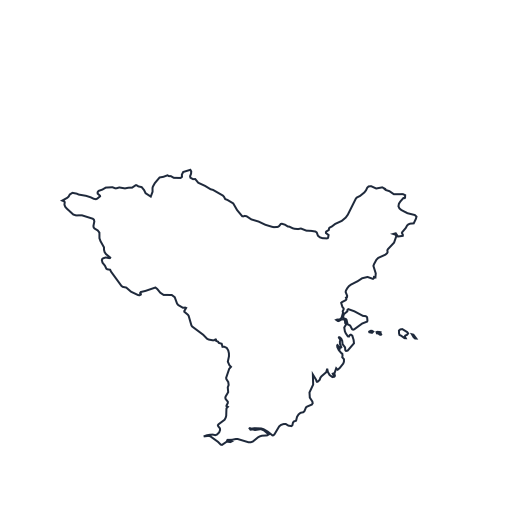 map outline of Kalimantan Barat (orthographic projection), rotated 231°
{"feature_id": "IDN-1228", "entity_name": "Kalimantan Barat", "entity_type": "Province", "adm_level": 1, "iso_a3": "IDN", "parent_name": "Indonesia", "parent_adm1": "", "projection": "orthographic", "projection_center": [110.805, -0.499], "detail": "fine", "context": "isolated", "style": "outline", "palette": "slate", "viewbox_px": 512, "rotation_deg": 231, "n_neighbors": 0, "source": "natural_earth", "source_scale": "10m", "svg_char_len": 6161}
<svg xmlns="http://www.w3.org/2000/svg" viewBox="0 0 512 512"><g transform="rotate(231 256 256)"><path d="M148.7,101.8L147.6,105.0L146.0,107.8L144.5,109.9L142.3,111.7L141.8,113.4L142.1,116.4L143.4,118.6L144.8,119.5L147.5,119.5L148.5,119.9L148.8,121.0L148.5,128.5L149.5,130.8L150.6,132.3L155.9,136.9L156.3,137.5L156.5,139.2L158.0,138.6L158.4,139.0L159.5,141.6L160.5,142.4L164.0,142.4L165.1,142.9L165.9,143.9L167.7,148.7L171.7,151.4L173.0,153.6L175.5,155.1L179.0,155.5L180.1,156.1L185.2,164.2L185.6,166.8L187.8,166.6L191.6,167.6L195.1,171.9L197.4,173.7L200.1,175.0L203.0,175.4L205.5,174.2L206.5,172.8L209.4,174.1L211.9,172.4L213.2,172.6L215.2,171.6L216.3,172.3L216.7,172.0L216.9,170.4L217.5,169.5L220.8,166.7L222.4,165.9L228.0,165.4L241.4,162.0L242.6,162.1L251.9,166.0L253.2,166.1L257.8,165.2L258.4,165.7L259.6,169.0L260.4,168.6L261.8,166.6L266.8,164.7L268.7,164.7L275.1,166.9L278.7,166.0L283.9,159.7L287.7,158.5L292.5,158.5L294.8,158.0L298.4,148.2L300.5,143.8L300.1,142.6L298.8,142.6L298.5,142.1L298.9,140.6L300.0,139.7L306.9,136.4L313.1,135.3L315.9,133.0L317.4,132.6L335.2,133.5L337.1,134.0L339.2,132.1L340.3,131.7L343.5,132.5L347.4,132.5L349.8,133.6L350.4,134.5L350.4,135.8L349.4,138.3L346.7,140.6L346.3,141.2L346.5,141.7L352.0,140.6L354.3,140.8L356.5,141.8L358.4,143.3L365.4,144.5L368.3,145.5L372.7,149.0L375.4,149.1L379.0,147.8L380.3,147.8L381.6,148.5L384.6,152.1L386.3,152.9L387.7,152.6L397.2,146.3L400.8,141.7L403.2,140.1L411.8,138.8L414.2,138.7L416.4,139.4L418.2,141.2L419.0,141.4L421.0,140.3L420.0,146.0L420.1,147.8L421.0,150.0L420.6,153.1L417.3,155.9L415.3,156.9L409.7,161.8L405.6,164.5L402.6,165.9L400.9,167.3L400.5,168.7L400.5,172.4L401.1,172.7L404.1,172.2L405.2,173.0L405.5,173.8L405.6,174.8L404.3,178.4L403.7,182.3L399.8,187.7L397.2,189.2L396.4,190.2L395.3,192.9L391.0,196.7L389.3,199.9L387.1,202.7L386.7,207.1L386.2,207.7L384.1,208.4L381.5,210.5L377.6,210.5L374.3,209.7L368.4,211.6L371.0,216.0L374.0,218.4L374.8,219.5L376.3,223.2L377.7,230.5L375.8,233.9L374.4,238.0L373.0,238.5L371.6,240.1L368.5,241.3L364.1,246.5L364.1,248.3L365.9,249.6L367.1,252.3L364.3,259.2L362.5,258.9L360.8,257.3L359.5,255.0L358.1,254.3L355.4,255.4L354.0,257.2L349.3,257.2L342.6,260.5L336.5,262.7L334.4,264.2L323.8,268.3L322.2,268.4L319.6,267.9L317.5,269.1L311.2,271.4L303.6,270.2L295.6,270.3L294.7,271.2L294.3,272.4L292.8,273.7L287.4,275.4L281.1,279.7L274.4,282.9L268.5,286.9L267.1,288.1L264.9,291.2L264.7,292.8L265.3,295.4L264.8,296.4L262.1,298.2L258.9,299.3L257.8,300.4L254.4,302.0L252.9,303.1L250.4,305.7L249.1,308.2L244.0,311.1L240.8,314.7L237.6,317.6L236.0,318.0L232.8,316.9L230.3,317.4L228.1,318.8L225.2,322.0L224.7,323.0L224.9,323.6L226.6,325.6L229.8,324.8L230.6,325.4L230.8,326.1L230.4,328.9L231.6,330.3L231.7,331.2L231.2,333.5L231.1,337.7L229.3,344.8L229.4,349.9L230.3,353.3L237.8,369.8L238.0,371.2L237.2,374.7L237.2,380.2L237.8,382.8L239.1,385.5L239.2,387.3L237.8,389.4L232.8,391.9L229.9,397.3L227.1,398.5L227.0,398.1L225.6,398.4L222.4,400.5L217.3,402.0L211.6,409.1L209.4,410.2L207.5,408.5L207.4,407.9L208.3,407.1L207.5,402.4L206.7,400.0L205.0,398.0L202.7,397.4L200.2,397.9L194.0,400.6L187.9,405.2L185.6,405.5L184.3,403.7L182.1,399.1L184.1,396.2L184.7,394.3L184.6,392.6L183.5,389.9L182.5,384.6L182.1,383.9L179.9,383.4L179.3,382.7L181.8,378.6L185.7,378.9L186.7,376.6L184.6,377.9L183.1,377.5L179.5,371.7L178.3,362.9L177.8,361.7L176.2,360.7L175.7,359.7L175.6,357.4L177.6,349.8L177.3,347.2L175.4,342.6L174.4,341.0L167.1,338.1L164.2,335.3L165.4,334.5L164.6,333.7L164.6,332.5L169.5,329.5L171.9,324.5L172.4,319.4L174.0,311.8L174.1,309.2L173.5,306.6L172.5,304.1L171.6,303.0L167.7,301.8L166.8,300.9L167.0,299.7L165.7,299.3L165.2,298.0L166.1,293.6L166.0,292.7L162.1,291.1L160.1,291.1L159.3,290.4L158.5,288.6L157.1,287.9L154.4,284.0L154.0,283.2L154.0,281.0L155.5,279.2L155.8,278.2L154.0,278.7L153.4,279.3L152.8,282.8L150.6,285.0L147.8,283.1L146.3,283.4L144.9,279.6L141.6,277.7L139.4,277.1L135.7,276.8L134.9,277.6L135.5,279.0L135.2,280.2L133.5,280.7L129.3,279.0L126.5,277.2L124.8,267.8L125.2,266.7L125.8,266.1L126.8,266.2L128.9,267.7L133.0,267.8L135.8,269.6L138.1,270.2L140.1,269.9L140.6,269.5L140.4,269.0L137.7,268.8L136.7,267.3L134.8,265.9L131.4,264.9L131.4,264.5L132.2,264.1L131.4,262.9L135.5,263.3L135.5,262.9L134.1,261.9L130.7,261.1L126.7,261.2L125.8,261.6L124.2,260.6L123.0,259.3L120.4,259.4L118.5,257.8L117.5,256.1L116.3,250.7L116.2,248.3L116.3,247.8L118.3,247.7L115.6,243.4L116.2,241.6L114.7,241.2L114.2,241.5L114.2,242.4L113.2,241.9L112.9,240.9L113.8,239.2L117.2,238.3L120.7,238.9L123.6,240.4L121.5,237.5L121.3,231.1L120.9,229.5L119.7,227.6L119.5,225.0L119.8,224.2L120.4,224.2L122.0,224.8L128.1,225.6L120.1,219.5L116.3,211.7L112.1,208.7L107.4,208.2L105.9,207.4L105.4,205.9L106.8,201.0L106.9,199.6L105.0,196.1L104.8,194.5L106.1,191.9L106.1,189.4L105.2,186.7L102.8,183.5L103.6,181.2L103.2,179.8L101.6,177.8L101.5,176.5L103.8,174.4L106.7,173.4L108.1,171.6L109.0,169.1L109.0,166.8L105.8,158.1L105.7,156.7L106.2,155.9L112.1,154.6L116.6,152.9L118.7,151.5L123.1,146.5L124.7,143.8L126.1,142.9L126.1,142.5L124.5,142.4L123.2,144.4L121.4,145.7L118.4,150.8L115.5,152.4L109.3,153.6L109.6,151.7L112.6,147.5L113.4,145.5L113.8,143.6L113.8,136.7L114.6,134.6L115.9,133.0L125.3,126.6L126.5,125.1L128.3,121.6L131.0,118.2L130.9,117.6L130.3,117.6L127.3,120.0L127.5,119.0L129.8,116.8L130.2,115.8L130.6,110.7L131.6,109.9L135.5,109.5L144.8,107.0L146.3,105.6L148.7,101.8ZM155.5,292.1L156.6,293.2L156.6,294.3L151.2,297.6L142.2,301.4L140.2,303.4L138.8,303.8L138.0,303.5L135.6,301.9L135.1,301.1L136.7,296.0L137.2,286.2L137.6,285.1L138.6,284.6L142.7,285.4L145.3,284.2L149.4,286.2L150.4,286.2L152.2,285.0L153.4,285.2L154.3,285.9L155.5,287.8L155.5,292.1ZM108.1,320.2L108.1,322.0L107.1,323.7L101.7,325.6L100.1,325.5L100.0,325.2L99.7,323.7L100.2,322.1L99.9,321.0L97.9,320.6L98.7,319.7L102.8,318.6L104.3,317.8L105.9,318.5L108.1,320.2ZM119.8,301.3L121.0,301.8L120.7,302.6L118.8,304.5L118.5,304.7L118.2,303.7L117.0,303.8L117.1,304.1L116.2,303.9L116.2,303.4L117.0,302.7L118.8,302.3L119.8,301.3ZM91.0,328.6L91.8,327.7L93.7,327.4L97.0,327.9L95.8,328.8L91.0,328.6ZM125.4,296.1L126.0,296.4L125.7,298.0L124.9,299.0L123.5,299.5L123.3,297.8L125.4,296.1Z" fill="none" stroke="#1e293b" stroke-width="2"/></g></svg>